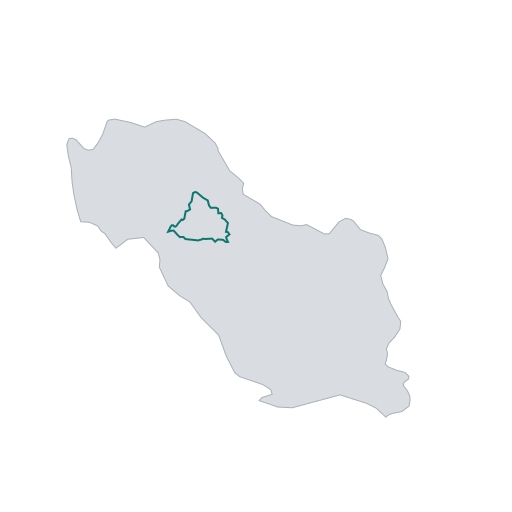 Mat, Dibër, Albania (highlighted), rotated 316°
{"feature_id": "67620474B55788488782298", "entity_name": "Mat", "entity_type": "district", "adm_level": 2, "iso_a3": "ALB", "parent_name": "Albania", "parent_adm1": "Dibër", "projection": "robinson", "projection_center": [19.995, 41.564], "detail": "fine", "context": "in_parent", "style": "outline", "palette": "teal", "viewbox_px": 512, "rotation_deg": 316, "n_neighbors": 0, "source": "geoboundaries", "source_scale": "gbopen_adm2", "svg_char_len": 2331}
<svg xmlns="http://www.w3.org/2000/svg" viewBox="0 0 512 512"><g transform="rotate(316 256 256)"><path d="M160.7,153.1L161.1,145.9L162.9,134.7L161.9,130.9L163.0,124.4L159.5,115.8L153.7,109.7L159.3,98.7L167.6,85.4L175.2,74.9L184.5,64.0L190.6,53.5L197.3,44.4L202.9,41.7L205.8,43.6L207.3,47.5L206.9,59.2L208.8,63.3L212.8,66.2L221.1,64.8L230.3,61.9L242.7,55.7L244.8,56.1L249.4,59.3L258.9,73.4L265.3,85.8L277.8,90.2L284.8,95.0L293.8,102.4L298.2,109.8L304.4,132.5L305.1,146.1L303.3,152.4L301.8,154.0L296.3,176.3L297.6,187.7L297.6,195.2L292.9,198.1L289.7,202.8L294.9,221.4L294.3,229.3L294.5,238.4L303.8,259.1L309.3,265.5L314.2,268.5L320.5,287.6L324.2,290.9L339.3,289.1L346.7,291.2L349.7,295.7L350.4,298.8L349.4,309.5L353.2,317.7L358.3,326.2L358.3,331.4L355.0,339.8L349.0,349.7L340.9,353.5L332.1,356.7L327.8,364.3L325.7,372.5L321.8,378.5L319.3,385.1L315.6,398.7L314.7,403.6L308.7,408.6L299.4,410.6L291.1,411.0L285.4,413.3L282.5,417.9L277.2,421.7L274.0,423.3L274.0,427.5L277.9,436.2L282.3,443.2L282.4,448.8L280.3,450.4L273.5,449.7L272.0,451.8L271.3,458.1L269.4,463.5L266.6,466.8L261.8,470.3L252.8,469.2L244.4,463.8L240.0,462.1L237.5,462.3L236.8,449.1L233.2,438.8L219.9,414.2L176.7,390.4L166.6,379.6L162.2,370.7L157.7,362.2L162.0,361.9L166.2,364.1L171.6,366.6L173.8,362.4L171.5,353.1L160.4,331.4L159.6,325.4L165.1,307.3L174.2,286.9L173.7,262.2L176.5,243.5L173.5,231.4L172.0,216.6L178.7,196.9L184.3,192.0L187.8,185.8L188.1,164.7L175.4,154.9L160.7,153.1Z" fill="#d9dde1" stroke="#a8b0b8" stroke-width="1"/><path d="M209.7,177.5L212.6,179.0L214.4,180.4L214.3,184.1L214.2,186.6L214.2,187.2L214.4,189.5L217.0,191.9L217.0,194.8L225.3,204.7L226.2,205.1L226.5,205.2L226.8,205.3L227.0,205.5L228.1,206.3L228.9,206.4L229.5,206.5L230.2,207.2L231.4,208.6L236.5,213.0L236.5,217.3L240.1,217.6L243.6,221.6L243.9,224.7L245.6,226.4L246.8,223.1L247.7,221.6L251.9,222.0L252.3,219.0L251.2,217.8L258.7,212.8L258.9,208.0L258.4,206.5L258.0,204.8L260.1,203.5L260.7,200.8L258.6,199.1L259.8,197.7L261.5,195.6L260.7,193.4L256.9,189.9L257.3,187.0L259.9,182.5L258.4,177.4L257.6,169.3L256.7,167.7L254.4,167.0L247.7,171.9L243.5,172.4L240.9,176.7L237.7,175.9L236.5,175.0L231.5,178.5L230.6,179.3L228.3,179.2L227.8,178.0L221.8,178.6L220.3,179.0L218.6,179.0L217.7,178.1L217.8,176.5L216.8,175.4L215.0,175.6L209.7,177.5Z" fill="none" stroke="#0f766e" stroke-width="2"/></g></svg>